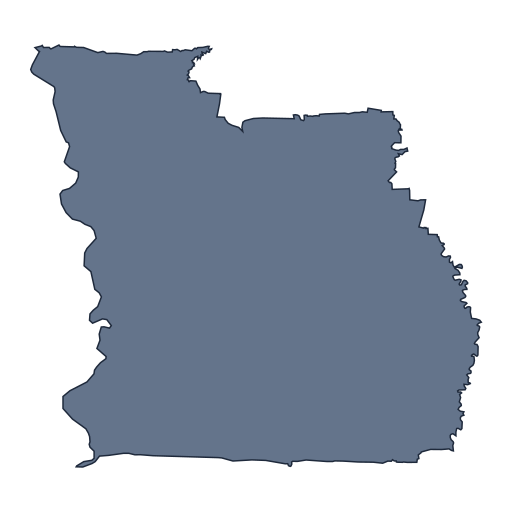 Kota Tangerang Selatan, Banten, Indonesia (Mercator projection)
{"feature_id": "22746128B62533997811788", "entity_name": "Kota Tangerang Selatan", "entity_type": "district", "adm_level": 2, "iso_a3": "IDN", "parent_name": "Indonesia", "parent_adm1": "Banten", "projection": "mercator", "projection_center": [106.733, -6.296], "detail": "fine", "context": "isolated", "style": "filled", "palette": "slate", "viewbox_px": 512, "rotation_deg": 0, "n_neighbors": 0, "source": "geoboundaries", "source_scale": "gbopen_adm2", "svg_char_len": 5937}
<svg xmlns="http://www.w3.org/2000/svg" viewBox="0 0 512 512"><path d="M292.7,461.3L297.4,461.4L306.1,460.0L326.8,461.5L332.7,461.5L334.8,460.9L343.5,461.1L358.3,462.0L373.3,462.2L382.7,463.2L387.8,461.1L391.4,461.2L392.5,459.7L394.2,460.9L396.3,461.0L396.4,462.0L397.5,462.2L402.6,462.3L403.4,462.0L407.4,462.4L416.8,462.3L417.3,459.2L418.9,458.6L418.3,454.9L421.0,452.8L421.3,452.0L422.6,451.6L430.6,449.4L441.7,449.5L449.1,448.9L451.4,450.4L453.4,450.9L452.8,445.5L453.6,442.9L453.1,441.6L451.1,439.7L450.3,437.6L450.2,435.6L450.9,434.4L452.9,433.7L455.9,435.8L455.9,432.0L456.7,428.5L458.0,428.3L460.8,429.8L461.9,428.6L462.2,421.9L460.5,419.8L460.3,417.9L461.2,416.2L463.9,415.2L463.0,413.7L463.9,411.8L460.3,411.2L458.1,409.4L459.1,407.4L461.3,405.6L461.1,404.0L459.3,401.9L460.6,397.6L459.6,394.5L461.6,392.9L460.7,392.0L458.0,392.1L457.6,390.9L459.0,390.0L465.1,389.8L465.8,388.4L464.2,385.9L464.0,384.3L467.6,384.7L470.3,383.6L470.0,383.0L468.2,382.5L468.1,379.5L468.8,377.6L466.7,374.9L467.8,373.9L470.4,373.4L471.0,372.8L471.0,371.0L469.2,369.6L469.3,368.5L470.2,367.2L472.9,365.3L473.9,363.3L474.4,360.4L474.0,356.8L473.7,356.4L471.6,356.2L471.5,355.4L472.7,354.4L473.8,354.0L476.5,356.1L477.4,355.9L477.9,355.0L478.1,346.6L477.0,344.5L475.0,344.2L474.4,343.5L475.2,342.0L479.1,337.7L477.8,334.6L477.7,332.6L479.0,330.1L479.7,327.0L479.3,326.2L477.3,325.4L477.1,325.0L478.6,323.3L481.3,322.2L479.7,320.2L476.0,318.9L471.6,318.4L470.3,312.0L470.6,307.7L469.9,306.9L468.7,306.7L467.1,307.0L465.6,308.3L464.9,308.3L464.2,307.1L464.1,306.0L466.9,303.3L466.0,302.5L461.8,301.6L460.4,300.6L460.6,299.4L464.9,297.5L465.7,296.5L465.6,295.5L463.0,292.5L462.4,290.7L462.9,290.1L464.5,289.5L466.9,289.4L466.8,288.4L465.2,286.1L465.2,284.9L467.6,283.7L467.7,282.8L466.1,280.8L464.1,280.3L463.0,281.3L461.4,284.7L460.0,285.1L459.3,284.6L459.2,283.9L460.9,281.2L461.0,279.8L459.2,279.3L455.2,280.2L454.2,279.6L452.8,276.6L453.1,275.9L454.6,275.1L459.9,274.7L459.8,273.0L458.0,270.3L454.9,268.5L454.9,267.9L457.3,267.2L461.9,268.4L462.4,267.1L461.9,265.4L461.1,264.5L459.3,264.4L455.2,266.8L454.1,266.9L453.0,265.0L452.5,261.6L451.0,262.8L449.5,262.2L449.4,259.5L450.5,257.4L450.3,256.1L448.6,255.9L446.2,257.0L443.6,256.7L441.9,255.6L441.2,254.6L441.2,253.7L444.6,249.0L444.2,247.9L442.2,245.6L444.1,244.5L444.2,243.9L443.4,243.2L441.7,243.1L440.8,242.7L439.3,240.0L438.6,236.8L437.4,236.8L437.2,234.6L428.3,234.3L427.9,228.3L426.0,228.5L426.0,227.6L424.1,227.5L423.8,228.2L418.9,226.9L423.8,210.0L425.6,199.8L420.6,199.9L418.0,200.8L409.8,199.8L409.6,190.4L409.1,188.4L408.3,188.8L392.2,189.4L391.9,183.8L390.7,182.4L389.5,182.5L388.1,180.8L396.6,171.9L394.3,169.7L394.6,168.7L395.5,167.8L395.6,163.5L395.0,163.2L395.8,161.4L394.8,158.9L395.1,157.8L396.4,157.1L398.0,156.9L399.4,155.9L398.3,153.7L402.1,154.6L404.9,151.7L407.7,151.1L407.0,148.0L403.9,149.4L400.6,149.4L398.6,150.4L395.9,150.1L391.7,148.6L391.9,147.2L391.3,146.7L391.6,145.8L394.6,142.7L400.9,142.8L401.0,136.1L398.7,132.6L398.2,130.8L398.7,130.1L402.0,130.0L401.8,129.3L399.5,128.8L400.3,128.2L400.5,124.7L399.7,123.7L399.2,122.3L397.1,120.7L396.0,119.0L393.8,118.9L394.3,115.4L392.9,114.9L392.8,111.6L381.1,111.9L381.3,110.4L368.1,108.2L367.2,112.3L362.3,111.8L359.5,112.5L354.4,112.5L348.4,113.9L344.8,113.2L325.3,113.9L319.5,114.4L319.2,116.0L316.2,115.7L313.2,116.0L312.9,116.4L310.4,116.0L307.4,116.3L307.3,115.3L305.5,115.1L304.1,115.4L304.3,119.5L303.6,120.6L300.8,119.8L299.1,116.0L297.6,115.1L295.3,114.7L293.4,115.0L294.2,118.7L262.8,118.0L253.4,118.5L245.0,120.7L242.9,122.2L241.9,127.3L242.7,131.4L238.7,127.4L232.0,125.3L228.2,123.3L225.2,119.6L224.4,117.3L216.9,116.9L219.5,103.9L220.8,94.2L220.2,94.2L220.3,93.6L208.2,93.2L204.7,91.5L203.3,91.4L200.5,92.6L200.0,89.0L197.7,85.3L195.9,81.1L190.5,80.7L189.2,81.7L188.8,81.6L188.7,80.2L187.3,79.7L188.0,77.9L189.6,77.7L188.3,75.5L187.3,75.0L188.5,73.8L189.0,72.4L188.9,71.7L188.1,71.1L189.1,70.1L191.6,68.9L192.3,67.1L193.4,66.1L194.3,65.9L193.6,64.1L194.4,63.9L194.1,63.4L193.7,62.6L192.5,62.6L192.7,61.8L191.8,60.7L194.0,59.4L194.7,57.6L197.7,56.3L197.5,59.4L198.7,57.7L199.6,57.6L200.2,58.7L201.3,55.6L201.1,55.1L202.8,55.4L203.3,54.9L202.1,53.5L201.9,52.1L205.7,53.6L206.6,51.3L208.5,52.2L209.5,52.1L209.8,50.1L211.4,49.4L211.6,48.8L209.6,49.4L208.7,48.9L208.4,48.2L209.2,46.4L207.8,46.3L202.9,47.4L197.7,47.6L196.5,48.8L195.7,48.3L194.6,48.3L191.9,50.7L185.2,49.8L183.2,50.6L182.1,50.5L180.7,51.5L177.1,49.4L174.8,49.8L172.6,49.6L172.3,51.9L167.7,52.2L164.4,50.9L163.4,51.4L148.4,51.3L147.2,51.7L143.7,51.7L140.9,53.6L137.0,55.1L116.8,53.3L106.5,53.4L104.9,52.1L103.0,51.4L97.8,52.6L83.6,47.5L76.4,47.3L74.5,46.3L74.2,46.9L60.8,46.5L59.9,46.3L59.0,45.0L51.2,48.8L50.5,48.8L49.2,47.4L43.5,47.5L42.2,45.4L41.4,46.0L35.0,47.6L38.6,51.1L39.5,51.5L32.4,64.8L30.7,69.5L31.8,72.1L33.8,74.2L53.9,86.6L54.7,87.9L55.1,91.6L53.2,100.0L53.5,103.8L56.1,111.7L60.7,130.5L66.2,141.9L68.5,142.8L69.6,146.6L64.3,161.8L65.4,163.5L70.3,167.9L78.4,171.9L78.3,177.1L75.7,183.1L69.5,188.4L62.7,190.5L60.0,194.1L61.5,204.0L66.1,212.6L72.4,219.1L80.3,221.2L84.9,224.3L90.8,226.6L94.1,230.6L96.2,238.3L87.0,248.5L84.7,253.0L84.1,265.8L90.9,271.6L94.8,289.3L99.2,292.8L101.4,296.9L97.7,306.6L93.3,310.2L90.0,313.9L89.5,320.3L92.6,323.2L102.5,318.9L106.8,319.6L111.3,325.6L109.5,328.1L104.0,326.8L101.3,327.0L99.2,334.1L100.0,340.2L96.9,348.5L106.1,356.5L105.9,358.7L100.5,362.7L96.6,367.1L94.5,370.2L94.0,373.8L86.9,382.0L70.0,390.7L63.0,396.5L63.0,408.5L72.5,419.1L85.9,428.8L88.4,433.1L89.6,436.6L90.0,441.8L89.2,444.3L90.0,447.2L94.1,451.2L94.1,458.3L91.8,460.3L83.8,461.6L76.7,465.9L76.2,466.8L82.8,467.0L92.1,463.5L95.2,461.6L99.5,456.1L108.4,455.4L123.6,453.3L128.8,453.3L134.9,454.8L140.3,454.7L153.0,455.7L218.2,457.6L221.7,457.9L232.9,461.0L251.9,459.9L265.7,460.4L285.3,463.8L287.7,463.7L288.5,465.7L290.2,466.4L291.0,466.0L291.8,464.1L291.6,462.0L292.7,461.3Z" fill="#64748b" stroke="#1e293b" stroke-width="1.5"/></svg>